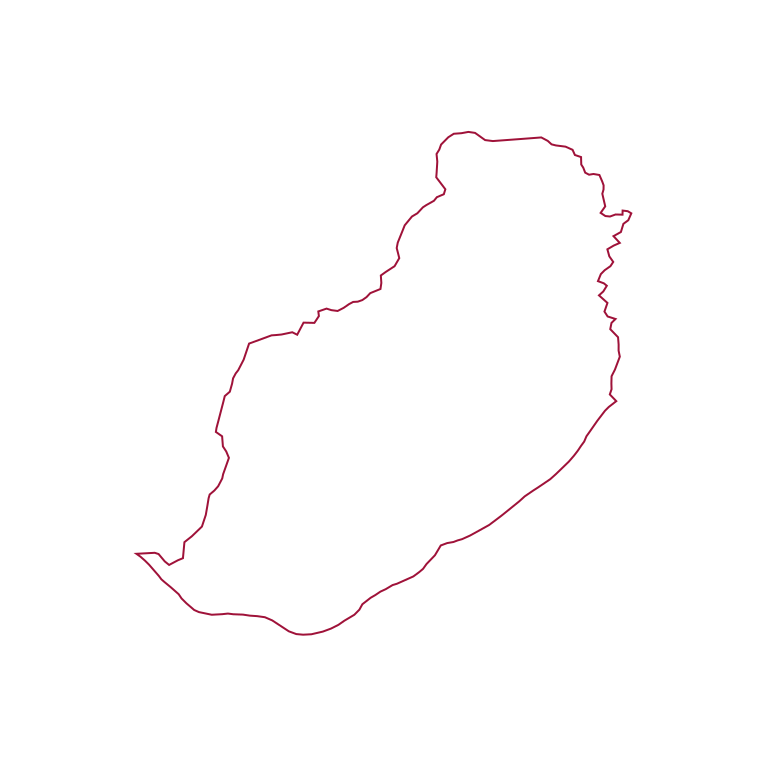 outline of Ipueiras, Tocantins, Brazil, rotated 253°
{"feature_id": "56859067B76630587037832", "entity_name": "Ipueiras", "entity_type": "district", "adm_level": 2, "iso_a3": "BRA", "parent_name": "Brazil", "parent_adm1": "Tocantins", "projection": "natural_earth1", "projection_center": [-48.392, -11.119], "detail": "fine", "context": "isolated", "style": "outline", "palette": "rose", "viewbox_px": 768, "rotation_deg": 253, "n_neighbors": 0, "source": "geoboundaries", "source_scale": "gbopen_adm2", "svg_char_len": 2745}
<svg xmlns="http://www.w3.org/2000/svg" viewBox="0 0 768 768"><g transform="rotate(253 384 384)"><path d="M299.7,601.1L308.0,596.9L312.5,600.1L318.0,601.6L324.9,603.9L330.3,609.1L341.2,617.5L347.3,618.1L353.1,619.9L360.3,621.5L370.3,616.4L375.9,619.4L378.5,624.4L383.2,617.6L388.8,616.0L396.2,621.4L405.9,615.5L408.4,620.8L412.8,625.8L416.0,623.7L419.8,618.7L425.7,623.5L428.3,628.3L430.5,635.0L433.7,638.9L440.2,636.8L447.5,637.0L449.2,644.1L450.0,650.7L458.3,646.7L460.1,655.0L467.2,659.8L469.2,665.5L474.9,670.4L478.0,667.6L480.1,662.9L476.2,661.6L478.4,655.0L478.1,649.1L479.9,644.8L484.3,641.2L489.2,647.5L502.1,648.4L505.8,650.8L509.8,652.1L513.8,651.9L520.9,651.1L523.6,645.7L524.2,641.3L527.3,638.2L532.6,637.8L536.2,636.8L543.4,638.8L547.2,633.5L552.8,632.8L557.9,627.0L561.9,618.1L564.2,614.3L568.6,611.7L573.8,606.5L577.7,589.1L584.5,559.1L587.7,552.0L597.5,544.5L600.4,538.4L601.2,531.4L602.9,523.9L601.2,517.7L596.3,508.6L592.0,505.4L588.6,501.5L581.1,500.0L570.7,496.1L566.4,494.4L552.3,499.6L548.0,496.7L547.2,489.2L544.6,485.3L542.8,477.1L541.6,472.9L537.5,465.8L536.0,459.7L529.7,450.2L524.2,445.8L515.2,438.5L510.3,435.9L505.6,435.7L499.9,435.4L493.6,428.6L490.6,418.3L488.7,412.7L481.4,411.0L475.9,408.4L474.9,397.4L472.2,392.7L470.6,387.8L470.4,383.0L471.5,378.5L470.6,373.9L468.6,367.6L467.4,361.0L470.0,355.3L472.9,351.1L472.6,342.4L468.0,341.6L462.8,335.3L466.2,325.0L456.5,315.4L460.3,311.4L461.3,300.4L462.4,295.0L463.4,290.7L462.1,266.8L448.3,256.9L439.8,248.6L437.5,245.3L433.5,241.3L428.7,238.8L421.7,234.3L419.0,228.2L414.0,225.2L397.1,214.8L391.0,211.0L387.3,209.2L381.3,213.9L371.4,211.7L365.6,213.4L358.7,214.1L353.3,210.1L344.8,203.8L341.0,201.7L334.7,195.5L331.7,190.6L329.3,185.0L326.1,182.9L319.4,179.6L310.9,175.3L300.9,168.2L294.6,155.8L291.1,146.9L276.2,140.8L275.7,135.4L273.8,125.6L278.4,122.5L287.3,118.7L289.6,115.4L294.0,97.6L290.1,100.6L285.1,103.7L279.9,106.5L266.2,112.6L262.3,114.0L258.9,116.1L252.1,120.6L243.0,126.2L238.1,127.7L232.1,130.9L223.4,136.4L220.0,140.3L213.7,151.8L211.2,161.9L210.1,167.6L207.9,172.5L204.7,181.7L201.7,188.0L199.1,194.8L195.8,201.9L190.6,208.0L175.3,220.7L170.5,227.0L167.9,233.4L165.9,241.4L165.1,253.1L165.6,261.8L167.0,270.0L169.2,276.8L172.0,288.2L175.4,294.5L179.7,298.9L183.5,308.8L184.7,314.0L186.5,319.9L187.3,325.7L189.2,333.4L189.2,338.0L191.4,355.8L193.8,362.6L195.8,367.3L199.4,372.0L205.3,382.6L213.0,391.1L213.4,397.9L212.6,404.2L212.9,408.7L212.8,413.2L213.9,421.9L218.4,443.2L223.8,458.0L232.2,478.9L235.4,485.7L238.5,495.6L239.9,500.6L244.4,515.2L247.6,522.1L255.7,538.0L259.9,544.7L263.6,549.9L267.2,554.3L270.4,558.6L274.8,562.3L278.5,567.1L286.5,577.3L293.8,587.5L296.3,592.2L299.7,601.1Z" fill="none" stroke="#9f1239" stroke-width="2"/></g></svg>